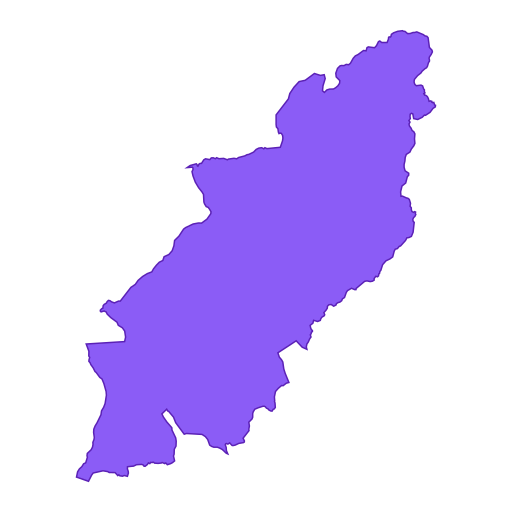 the district of Tatatila, Veracruz, Mexico
{"feature_id": "50627088B81472042875612", "entity_name": "Tatatila", "entity_type": "district", "adm_level": 2, "iso_a3": "MEX", "parent_name": "Mexico", "parent_adm1": "Veracruz", "projection": "natural_earth1", "projection_center": [-97.084, 19.713], "detail": "fine", "context": "isolated", "style": "filled", "palette": "violet", "viewbox_px": 512, "rotation_deg": 0, "n_neighbors": 0, "source": "geoboundaries", "source_scale": "gbopen_adm2", "svg_char_len": 6005}
<svg xmlns="http://www.w3.org/2000/svg" viewBox="0 0 512 512"><path d="M187.1,167.6L192.4,167.2L192.9,167.8L193.0,169.6L192.0,171.6L193.0,175.9L195.3,182.1L198.7,187.8L201.9,191.8L203.5,194.4L203.9,202.0L204.5,203.8L206.2,206.6L208.2,207.4L209.4,209.0L211.0,211.7L210.8,213.7L207.0,219.1L201.6,223.1L198.4,223.0L193.1,224.0L185.6,227.6L183.6,229.1L178.9,236.2L174.6,240.4L173.9,245.8L172.2,250.7L168.9,254.5L164.1,256.7L162.8,260.5L159.3,262.2L156.5,265.1L153.6,268.7L151.8,271.9L147.3,273.6L142.6,276.5L138.1,280.4L135.3,284.4L130.9,287.4L120.3,301.1L118.5,301.1L114.4,302.9L111.5,301.8L110.0,300.7L108.4,300.4L107.0,301.8L106.4,303.1L104.2,304.4L103.2,305.6L102.8,308.3L101.8,308.6L100.3,310.2L100.4,311.3L101.1,311.9L104.1,311.0L106.2,312.0L107.2,314.1L110.9,317.7L117.0,322.2L118.3,325.3L122.4,327.8L124.7,331.1L125.6,337.1L124.6,341.6L86.2,344.0L88.9,351.3L88.8,356.0L89.7,357.4L89.0,359.8L88.9,361.4L90.0,362.6L90.9,364.7L93.2,367.9L95.0,371.5L96.2,372.5L99.8,377.4L102.0,379.0L103.9,383.6L106.1,391.5L106.4,395.2L105.1,403.5L103.6,407.4L101.5,410.9L101.0,414.7L97.1,422.7L95.1,426.0L93.8,429.2L93.6,432.4L94.3,437.5L94.0,439.5L92.9,442.3L93.0,444.5L92.5,447.1L91.2,449.7L87.3,453.4L87.0,455.8L87.4,457.2L85.7,462.8L83.6,463.8L81.9,466.6L79.4,468.9L77.6,471.8L76.5,477.1L88.5,481.3L91.7,475.0L93.2,473.0L103.0,470.8L107.7,471.6L109.2,472.5L115.1,472.6L117.8,475.6L118.8,474.8L119.8,475.8L122.6,476.2L124.2,475.5L127.4,476.3L128.4,473.1L128.2,471.2L127.4,468.9L127.5,466.7L133.6,466.1L136.5,464.7L141.8,464.4L143.5,465.2L144.0,466.2L145.1,466.3L147.4,464.5L148.4,462.9L149.8,463.6L150.8,462.3L152.1,462.6L152.8,462.2L153.7,462.3L154.4,463.1L158.1,463.4L161.4,463.0L162.1,462.5L164.8,463.6L165.3,463.0L166.1,463.2L167.3,464.7L170.5,463.7L172.4,462.7L174.6,460.9L173.5,456.0L174.1,454.2L174.3,449.2L176.0,446.1L176.2,441.2L175.7,437.9L172.0,430.1L171.8,427.7L166.7,421.8L163.4,417.0L161.9,413.9L166.7,409.2L167.7,411.0L168.6,411.3L173.5,417.1L175.7,422.7L184.2,434.2L186.4,433.5L202.0,434.4L205.4,436.6L207.7,439.5L209.7,445.1L211.6,446.4L213.8,447.2L217.3,447.2L219.5,448.0L222.3,449.5L226.2,453.2L227.8,453.9L226.4,450.6L226.2,447.5L225.3,444.9L225.6,443.9L226.3,443.5L227.9,444.1L229.7,442.9L232.0,445.4L232.9,445.6L235.2,445.1L238.8,443.4L243.5,442.6L244.3,442.0L244.4,440.9L243.1,438.2L249.0,430.6L248.8,429.2L249.4,426.0L248.8,422.2L252.0,419.0L252.7,417.2L252.7,413.6L253.2,411.9L254.8,409.2L258.1,407.8L262.8,406.3L264.1,406.2L265.4,406.8L266.4,408.1L267.9,408.8L268.9,410.0L270.8,411.0L272.1,411.1L273.2,409.3L274.3,408.9L275.3,407.4L275.0,402.9L274.5,401.5L274.7,400.9L274.4,396.9L275.5,391.5L278.2,388.4L281.6,385.5L283.1,385.7L286.3,383.2L288.9,382.5L285.2,373.4L283.8,369.0L282.8,362.0L281.5,359.7L279.3,357.1L277.9,352.8L296.2,340.8L302.2,347.2L306.9,349.3L306.3,347.0L306.9,344.0L308.3,342.0L309.7,338.8L311.0,337.0L310.3,334.8L311.1,333.8L311.4,332.2L312.4,331.6L312.4,330.5L311.5,329.7L310.8,328.4L310.1,325.4L312.9,323.2L313.6,320.3L317.6,321.5L320.3,320.4L320.8,318.7L321.9,317.2L324.3,315.7L324.7,314.7L323.9,312.6L326.1,310.1L327.3,308.2L327.4,306.3L328.8,304.8L331.2,304.5L333.7,306.2L336.0,305.0L336.4,303.7L337.8,302.7L339.9,302.1L341.7,300.7L342.4,298.9L344.5,297.5L346.3,292.4L347.5,290.6L351.5,288.3L354.9,289.7L356.0,289.6L356.1,288.5L364.7,281.3L367.0,280.9L370.2,281.6L372.4,281.2L374.1,280.2L374.2,278.4L375.8,276.3L377.5,276.8L378.5,275.9L378.8,273.9L379.5,273.5L379.9,271.4L380.8,270.4L382.6,264.7L386.0,260.8L390.0,258.9L392.7,256.9L394.2,251.2L395.2,249.2L397.4,248.6L399.3,246.3L400.5,246.0L405.5,240.5L406.9,237.8L408.8,237.6L411.4,236.4L413.1,232.2L414.2,222.3L413.2,221.4L412.8,219.4L413.6,217.6L414.9,216.4L415.8,214.5L415.3,213.4L415.6,212.1L414.7,211.6L413.5,212.3L411.9,211.5L411.3,209.5L411.3,207.8L410.1,206.2L410.5,203.3L409.3,199.4L407.8,198.2L406.6,198.0L402.4,196.1L401.0,196.3L400.6,191.9L402.0,186.0L405.7,183.0L407.3,176.8L408.7,175.2L408.7,173.2L405.1,170.8L404.1,167.3L404.1,164.5L404.9,161.0L405.2,157.5L406.3,154.4L409.9,152.1L411.3,149.1L413.8,145.8L414.9,143.4L414.5,138.9L414.9,133.9L413.8,131.7L412.1,130.5L411.0,128.0L409.5,126.1L409.0,124.0L410.0,122.1L408.9,120.6L410.3,118.6L410.0,116.6L410.2,114.2L411.6,113.3L412.8,113.9L413.7,118.6L417.7,119.5L422.2,117.3L424.4,115.1L425.5,115.3L430.0,112.4L433.0,108.4L435.3,106.9L435.5,105.3L434.6,104.9L433.8,102.4L432.8,102.7L431.9,102.3L431.9,101.4L430.4,100.9L429.1,101.3L428.3,98.4L427.3,96.5L425.6,95.2L424.6,95.1L423.8,93.6L424.8,93.2L424.9,92.5L424.4,91.9L424.4,89.8L423.7,89.1L422.6,85.9L421.0,85.1L416.3,85.7L414.9,84.5L414.2,82.6L414.1,81.1L414.5,79.3L417.6,75.6L420.9,73.0L422.1,71.2L424.8,68.8L426.5,67.8L427.4,66.4L428.5,62.6L429.4,61.3L429.5,60.1L429.1,58.6L429.3,57.2L431.2,54.4L432.4,51.9L432.0,50.2L429.4,47.4L428.1,37.7L426.9,36.3L425.0,35.9L423.3,34.6L416.8,31.9L414.5,32.5L413.0,32.5L410.2,33.5L407.6,33.6L405.0,31.4L403.2,31.2L402.6,30.7L397.7,31.3L393.6,32.8L391.4,34.3L390.9,36.5L390.5,37.0L389.1,36.9L388.6,37.4L388.4,39.2L387.1,42.5L381.7,42.5L379.8,41.0L378.5,41.6L376.5,45.6L374.6,47.7L368.3,46.9L367.0,47.6L366.1,50.8L363.5,50.5L358.1,54.5L355.3,55.9L353.2,58.3L350.4,63.3L348.7,64.7L346.2,64.4L344.0,65.6L341.4,65.5L340.0,65.9L337.5,68.4L335.8,73.2L336.2,76.9L339.8,80.6L339.6,83.2L337.9,85.8L335.7,87.7L333.5,89.0L329.6,89.1L326.9,89.9L324.4,92.4L322.5,90.8L323.0,85.8L325.2,78.6L324.2,74.7L320.4,75.4L314.4,73.5L305.2,80.3L299.1,81.6L294.0,87.2L289.8,93.5L288.4,98.9L276.1,114.9L276.1,124.4L276.4,127.0L277.9,128.7L278.4,132.2L279.0,133.6L280.1,133.1L281.4,133.4L282.6,135.5L282.9,138.1L282.5,140.9L280.3,147.3L266.9,148.6L264.9,147.7L263.8,148.8L261.7,147.7L258.8,148.1L256.2,149.4L253.6,152.1L248.8,154.4L247.0,154.7L244.8,155.9L238.6,157.5L236.7,158.8L234.0,158.3L228.4,159.1L227.4,159.8L223.7,158.4L219.0,158.7L216.6,157.7L215.3,158.7L213.3,157.8L211.3,157.9L209.8,159.6L205.5,158.8L203.8,159.8L201.5,163.4L200.2,163.4L199.1,164.0L197.9,166.2L197.3,165.8L197.0,164.5L196.3,163.8L190.2,165.5L187.1,167.6Z" fill="#8b5cf6" stroke="#5b21b6" stroke-width="1.5"/></svg>